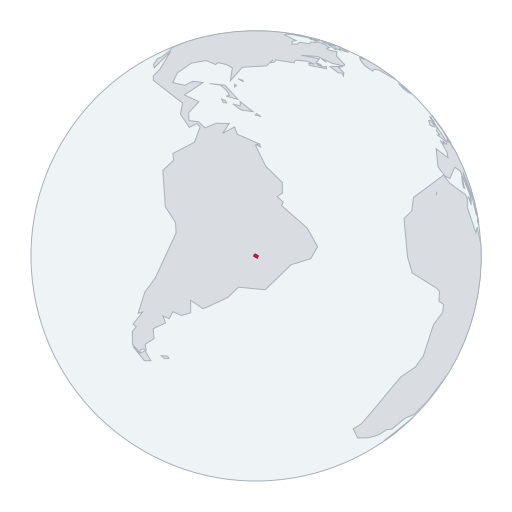 Distrito Federal highlighted on a globe, orthographic projection, rotated 30°
{"feature_id": "BRA-599", "entity_name": "Distrito Federal", "entity_type": "Federal District", "adm_level": 1, "iso_a3": "BRA", "parent_name": "Brazil", "parent_adm1": "", "projection": "orthographic", "projection_center": [-47.783, -15.766], "detail": "fine", "context": "on_globe", "style": "filled", "palette": "rose", "viewbox_px": 512, "rotation_deg": 30, "n_neighbors": 0, "source": "natural_earth", "source_scale": "10m", "svg_char_len": 5516}
<svg xmlns="http://www.w3.org/2000/svg" viewBox="0 0 512 512"><g transform="rotate(30 256 256)"><circle cx="256" cy="256" r="225" fill="#eef3f6" stroke="#a8b0b8"/><path d="M201.1,37.5L199.9,37.8L203.2,37.0L200.4,37.9L208.6,35.8L210.8,35.5L207.5,36.4L200.8,37.9L176.6,46.1L171.2,48.7L170.2,50.3L183.1,49.3L180.0,52.0L180.9,54.5L185.8,51.9L186.9,49.1L196.2,45.5L196.4,43.3L200.2,41.8L203.2,39.5L210.2,38.4L215.5,38.8L213.4,40.9L215.7,41.4L223.8,38.6L225.8,42.6L237.3,46.0L237.0,47.6L225.4,51.1L210.0,52.3L195.0,59.4L212.3,53.6L211.3,58.9L214.3,59.5L218.8,59.0L222.1,56.7L223.4,58.6L206.7,64.3L205.3,62.7L210.6,60.7L203.3,61.6L192.1,66.7L192.4,69.6L175.1,76.3L175.1,78.7L171.3,81.9L172.5,77.4L170.1,86.0L149.8,99.4L146.2,117.0L141.5,104.9L134.7,105.0L126.1,107.6L125.3,110.4L115.1,111.7L103.7,121.1L96.3,136.9L97.2,147.4L108.9,143.9L113.9,136.2L123.4,132.3L113.4,152.3L129.4,150.9L126.0,165.7L130.2,172.2L139.0,168.5L147.8,170.5L155.2,160.9L166.6,154.7L165.8,166.6L172.9,154.9L178.8,159.9L202.1,157.4L200.0,160.2L219.5,173.4L242.1,179.2L247.4,188.3L244.5,194.0L252.7,195.7L252.8,199.5L286.6,206.3L304.7,217.2L304.7,230.9L290.7,246.1L280.9,280.6L256.5,291.7L252.2,306.3L236.5,328.2L221.5,327.0L227.8,337.8L221.1,344.8L211.9,345.8L212.1,353.7L205.4,354.4L211.2,359.2L203.3,370.4L209.0,378.6L204.1,387.8L208.1,392.6L205.1,392.7L202.8,394.9L203.6,397.8L193.1,394.1L186.6,383.1L187.7,377.0L183.7,376.5L185.8,361.1L182.6,364.6L177.8,343.0L179.7,324.9L175.3,276.0L169.6,267.2L152.9,258.7L132.5,228.4L136.8,214.2L132.8,208.8L145.8,188.2L143.2,172.4L138.8,170.9L133.9,177.9L119.8,171.0L115.9,160.3L79.3,155.2L77.0,151.3L79.4,142.4L79.8,121.4L73.8,143.9L71.5,141.3L72.1,134.2L74.7,130.8L79.1,119.8L78.8,118.0L88.1,105.8L99.7,93.7L112.2,82.6L125.5,72.4L139.5,63.2L154.1,55.1L169.3,48.1L185.0,42.2L201.1,37.5ZM143.6,123.6L162.1,129.4L150.1,132.5L152.7,130.4L148.3,127.4L139.7,125.7L129.6,129.9L143.6,123.6ZM155.2,111.6L151.8,111.5L155.3,110.8L155.2,111.6ZM199.1,40.3L201.1,39.9L199.5,40.5L199.1,40.3ZM198.5,39.9L195.2,41.0L194.5,40.9L196.5,40.3L198.5,39.9ZM202.7,38.7L193.5,40.8L192.2,40.8L198.9,38.6L202.7,38.7ZM211.7,402.5L194.5,395.8L203.7,398.6L207.3,393.6L217.4,399.2L211.7,402.5ZM223.7,389.7L229.6,387.0L231.8,388.3L228.2,390.6L223.7,389.7ZM432.5,116.0L430.9,114.2L423.1,105.1L422.8,104.6L432.5,116.0ZM420.9,102.5L418.0,100.2L425.5,108.4L426.7,110.7L414.5,97.8L411.2,94.1L393.4,80.0L396.6,83.4L413.6,97.3L410.9,95.4L415.4,101.3L409.9,95.4L390.6,80.4L383.7,79.7L385.2,92.2L379.0,92.1L369.1,87.8L358.3,73.0L373.3,75.0L369.7,70.8L357.8,63.7L363.4,65.3L360.4,62.9L365.2,63.9L363.3,60.3L366.9,61.3L357.8,55.5L358.4,55.5L363.6,58.7L369.1,61.9L376.5,65.6L392.3,76.6L407.2,89.0L420.9,102.5ZM366.6,59.7L368.6,60.9L367.7,60.6L353.2,52.8L350.3,52.0L340.3,47.2L337.8,46.1L352.4,52.4L366.6,59.7ZM452.0,144.9L448.5,139.1L453.1,146.9L460.8,162.1L467.2,177.7L472.5,193.8L476.6,210.3L479.4,227.0L481.0,243.9L481.2,260.9L480.2,270.5L477.2,294.7L472.3,313.9L466.2,321.9L460.2,338.0L456.1,340.9L451.5,349.7L444.5,357.1L435.2,362.7L426.6,357.2L431.2,348.6L434.7,330.0L441.8,288.4L449.5,272.6L450.9,259.0L444.0,226.5L445.9,211.6L442.7,204.1L437.0,203.7L432.7,195.0L428.7,193.6L399.8,192.6L387.7,181.0L365.5,149.7L368.3,139.1L363.1,126.4L378.0,92.3L387.6,96.1L406.7,98.2L410.2,100.5L415.0,108.6L434.9,126.0L433.1,120.3L444.2,132.7L446.4,135.6L452.0,144.9ZM380.5,109.8L381.9,113.3L380.5,109.8ZM202.8,157.1L205.5,159.3L201.7,159.6L202.8,157.1ZM147.8,137.3L152.0,136.8L154.0,138.2L150.6,139.3L147.8,137.3ZM185.3,132.4L190.6,132.8L184.8,134.3L185.3,132.4ZM165.1,130.2L181.1,132.5L170.0,137.0L160.0,135.9L167.3,133.9L165.1,130.2ZM151.6,117.9L154.1,118.2L152.9,120.3L151.6,117.9ZM157.7,111.2L156.6,111.5L155.7,110.2L157.7,111.2ZM212.2,58.5L213.6,58.1L217.8,58.0L215.2,59.0L212.2,58.5ZM240.4,53.3L241.8,56.5L239.0,54.6L235.6,56.3L225.5,54.9L236.3,48.4L233.2,51.4L240.4,53.3ZM215.1,52.2L220.3,53.2L214.2,52.4L215.1,52.2ZM339.1,51.4L343.6,53.0L346.0,55.1L341.4,55.7L337.9,52.5L339.1,51.4ZM349.4,55.1L336.3,48.3L338.6,48.3L339.5,49.3L342.4,50.0L344.6,52.0L359.7,59.4L362.7,61.8L352.6,60.4L354.2,59.2L349.7,57.4L349.4,55.1ZM298.7,36.7L293.0,35.4L305.4,36.8L309.2,38.0L304.9,38.1L297.8,36.9L298.7,36.7ZM216.2,34.9L213.2,35.5L213.8,35.3L216.7,34.6L216.2,34.9ZM223.6,33.1L229.7,32.8L226.7,33.2L234.5,33.3L229.5,34.7L224.6,34.4L226.7,35.9L220.3,36.3L222.6,37.4L212.2,36.7L206.5,37.6L214.7,36.0L219.4,34.6L219.7,34.3L216.4,34.3L209.9,35.5L223.6,33.1ZM284.2,32.5L285.7,32.7L282.7,32.3L288.7,33.2L283.2,32.4L283.8,32.7L288.9,33.3L269.0,33.6L264.9,35.4L264.6,37.6L255.1,36.8L249.3,34.6L246.6,32.6L251.8,31.4L246.6,31.6L247.5,31.3L251.3,31.2L246.1,31.1L247.9,30.9L246.6,30.9L265.5,30.9L284.2,32.5ZM410.0,98.3L412.0,99.4L414.1,100.2L416.9,104.3L410.0,98.3ZM397.0,88.0L398.1,88.1L403.2,93.5L401.1,92.7L397.0,88.0ZM394.4,83.8L397.8,87.7L394.8,85.1L394.4,83.8ZM364.2,58.8L365.0,59.0L366.7,60.1L368.3,61.1L364.2,58.8ZM429.5,113.7L433.3,117.8L430.2,114.8L429.5,113.7ZM464.9,340.4L459.5,352.1L460.1,349.4L464.8,338.4L472.2,318.8L472.8,317.2L464.9,340.4Z" fill="#d9dde1" stroke="#a8b0b8" stroke-width="1"/><path d="M254.5,254.9L255.1,254.9L256.1,254.9L257.4,254.9L257.4,255.0L257.5,255.2L257.7,255.3L257.8,255.3L257.8,255.5L257.8,255.8L257.8,256.0L257.7,256.1L257.6,256.3L257.6,256.5L257.6,256.8L257.8,257.0L256.7,257.1L255.7,257.1L254.5,257.1L254.2,257.0L254.2,256.9L254.3,256.9L254.3,256.7L254.2,256.7L254.1,256.3L254.1,256.2L254.3,256.1L254.4,255.9L254.3,255.7L254.4,255.4L254.4,255.1L254.5,255.0L254.5,254.9Z" fill="#f43f5e" stroke="#9f1239" stroke-width="1.5"/></g></svg>